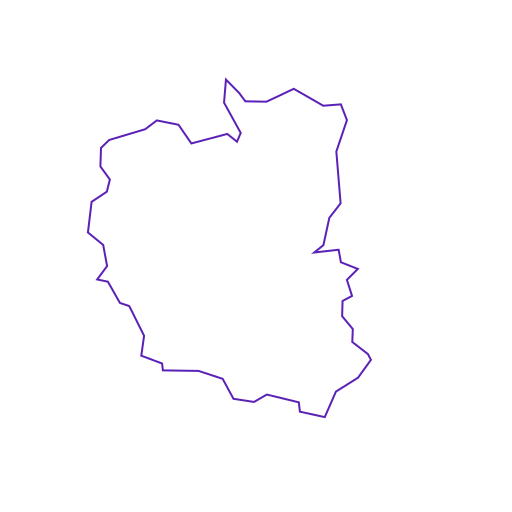 Elliott, Kentucky, United States of America (Robinson projection), rotated 60°
{"feature_id": "52423323B57528187825252", "entity_name": "Elliott", "entity_type": "district", "adm_level": 2, "iso_a3": "USA", "parent_name": "United States of America", "parent_adm1": "Kentucky", "projection": "robinson", "projection_center": [-83.1, 38.132], "detail": "fine", "context": "isolated", "style": "outline", "palette": "violet", "viewbox_px": 512, "rotation_deg": 60, "n_neighbors": 0, "source": "geoboundaries", "source_scale": "gbopen_adm2", "svg_char_len": 879}
<svg xmlns="http://www.w3.org/2000/svg" viewBox="0 0 512 512"><g transform="rotate(60 256 256)"><path d="M89.0,274.1L90.8,288.6L82.1,325.1L84.9,336.2L100.7,346.0L116.7,344.3L125.7,353.0L126.9,371.3L151.6,389.8L170.0,382.8L190.3,390.0L196.9,405.3L204.2,397.1L228.6,397.3L236.0,390.8L269.1,392.8L285.0,405.2L302.1,391.1L308.5,393.8L326.8,363.2L345.7,346.3L368.4,346.9L381.4,330.7L381.4,315.9L404.1,292.1L412.8,295.8L429.9,277.0L413.4,254.6L412.4,228.5L403.4,208.4L397.0,208.1L378.6,215.6L367.7,208.7L351.2,211.5L338.2,203.5L338.6,192.8L322.1,189.2L318.1,174.3L303.9,185.6L291.9,181.3L282.1,203.8L280.3,192.2L259.6,173.4L252.7,156.4L205.7,134.2L183.8,109.3L167.1,106.7L159.5,122.6L130.1,139.7L127.6,169.8L116.7,187.9L106.3,189.1L88.2,193.8L107.2,207.0L141.8,207.7L147.5,215.3L135.9,219.9L126.2,255.7L103.6,257.5L89.0,274.1Z" fill="none" stroke="#5b21b6" stroke-width="2"/></g></svg>